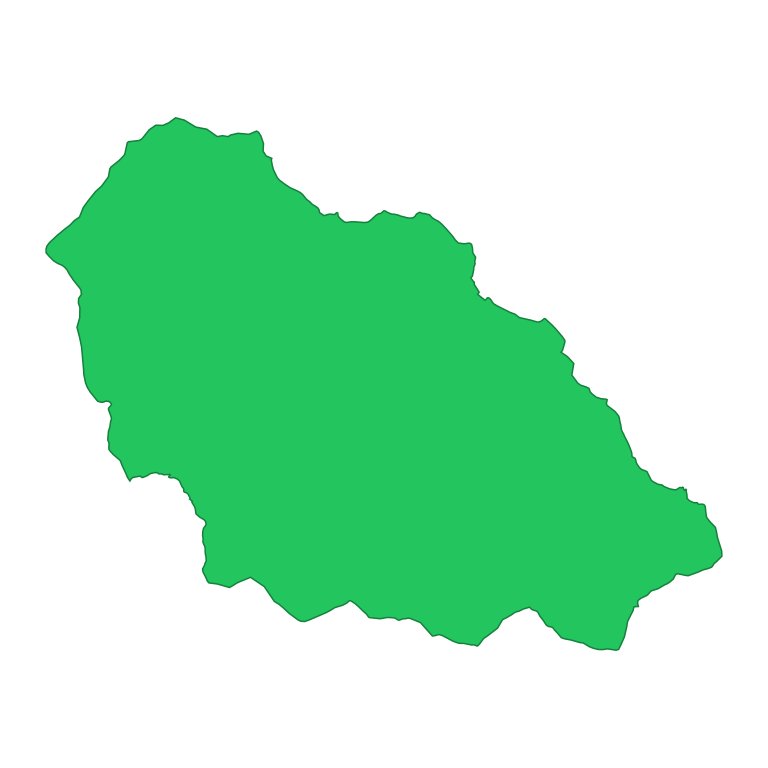 outline of Ciuruleasa, Alba, Romania
{"feature_id": "2599482B18956388215325", "entity_name": "Ciuruleasa", "entity_type": "district", "adm_level": 2, "iso_a3": "ROU", "parent_name": "Romania", "parent_adm1": "Alba", "projection": "albers", "projection_center": [23.018, 46.247], "detail": "fine", "context": "isolated", "style": "filled", "palette": "green", "viewbox_px": 768, "rotation_deg": 0, "n_neighbors": 0, "source": "geoboundaries", "source_scale": "gbopen_adm2", "svg_char_len": 6084}
<svg xmlns="http://www.w3.org/2000/svg" viewBox="0 0 768 768"><path d="M721.9,556.2L721.7,551.1L717.5,537.6L716.4,531.5L715.4,527.4L709.8,521.5L706.8,517.6L706.3,515.8L705.8,512.0L705.3,506.6L704.5,505.1L703.4,504.4L702.0,504.1L699.1,504.3L698.0,503.9L697.2,502.7L693.7,502.7L689.4,500.7L686.9,498.1L687.1,497.1L686.9,494.5L686.1,490.9L686.3,489.5L685.8,489.3L685.0,490.1L684.4,490.2L683.4,488.4L683.4,487.7L682.6,487.2L681.6,487.7L679.7,487.5L677.0,489.3L676.0,489.7L674.6,489.8L669.5,488.8L664.2,486.6L662.1,485.0L658.1,484.3L653.6,482.0L651.4,480.5L647.0,471.7L645.0,470.7L641.8,469.6L639.7,467.9L637.9,465.5L636.3,462.7L635.6,459.5L635.0,458.2L632.5,457.0L632.1,456.6L631.7,452.6L630.0,447.8L627.5,442.0L624.6,436.5L623.8,434.5L621.9,431.0L621.3,428.8L620.7,424.7L620.0,422.1L619.2,417.5L618.5,415.8L614.9,411.4L607.2,405.5L606.6,404.3L606.4,403.5L607.2,399.7L606.3,399.2L601.0,398.7L596.0,397.1L592.1,393.9L590.2,391.9L589.0,388.4L586.0,386.9L580.4,385.1L577.8,383.1L571.8,375.1L573.8,363.5L567.4,356.6L561.0,352.2L562.5,350.4L564.8,342.4L564.9,340.5L562.3,336.6L555.7,328.9L552.4,325.4L545.3,318.8L544.2,318.6L541.5,321.0L537.9,322.2L530.6,320.1L519.4,317.6L515.0,314.2L509.9,312.3L497.2,305.9L493.7,303.8L492.6,302.5L490.9,299.8L489.4,298.3L488.5,297.8L487.4,297.8L485.8,299.7L484.7,300.2L484.1,299.8L483.5,298.9L481.9,297.8L477.7,294.3L479.2,292.2L474.4,284.7L474.2,283.8L474.3,282.2L473.3,281.4L470.8,278.0L471.6,276.8L472.2,276.6L472.7,274.7L473.8,269.2L473.8,267.0L474.7,265.2L475.1,263.3L474.7,262.0L475.6,257.2L472.8,252.9L472.5,248.2L471.6,244.5L470.7,243.6L469.2,243.1L464.2,243.8L458.4,243.0L455.3,240.0L453.0,236.7L446.9,229.6L442.1,224.5L439.8,222.4L437.9,221.0L435.9,220.1L432.4,217.9L429.3,214.6L428.1,214.5L424.4,213.5L422.8,213.5L419.6,212.3L417.0,213.7L416.1,214.6L414.8,216.6L413.3,217.6L411.7,218.0L410.2,218.1L407.8,217.9L400.7,216.1L398.8,215.3L396.6,214.7L394.2,214.2L391.7,214.1L387.9,212.6L385.2,211.0L383.8,210.8L381.1,213.3L378.3,213.8L376.1,215.2L370.8,220.1L368.3,221.9L366.2,222.4L363.8,222.5L354.9,221.8L351.5,221.8L346.7,222.4L344.7,222.2L340.9,219.2L339.4,217.7L338.1,215.9L337.8,213.0L336.8,212.6L335.8,213.3L335.1,214.3L333.3,214.5L331.1,214.1L329.0,214.2L323.9,215.6L319.5,212.5L319.4,211.2L318.8,209.4L318.0,208.1L316.4,206.9L311.5,203.8L310.5,202.4L306.3,199.1L302.9,194.8L300.4,192.6L297.6,191.1L290.1,187.7L284.1,183.7L279.5,180.2L277.3,177.7L273.5,169.9L272.3,165.5L271.3,159.9L271.8,158.4L266.1,155.9L263.1,151.2L263.5,143.5L260.9,136.0L258.5,132.2L256.5,131.1L249.0,134.3L238.0,133.3L230.6,135.0L228.2,136.6L222.4,135.7L217.3,136.6L206.8,129.2L195.8,127.1L184.3,120.1L175.6,117.8L168.8,122.8L162.9,125.4L155.8,125.2L149.3,129.7L142.0,138.8L139.2,140.5L128.5,141.7L127.3,142.7L124.8,154.1L123.8,155.7L119.1,160.5L111.0,167.0L109.8,168.9L108.4,176.9L101.5,186.2L95.6,191.5L88.0,201.0L83.3,207.5L79.5,217.0L74.4,220.6L69.8,225.3L64.9,229.0L57.4,235.2L49.7,242.4L47.0,245.9L46.1,248.9L46.1,252.8L49.3,256.5L53.7,260.9L57.9,263.5L62.2,265.3L64.6,267.2L67.2,270.1L68.8,273.3L73.2,279.9L79.6,287.9L80.9,289.8L81.4,294.4L78.6,298.5L78.4,303.0L79.9,307.6L79.7,317.6L77.0,327.3L79.7,337.8L81.6,347.2L83.6,369.9L83.8,374.3L85.5,382.7L87.4,387.5L90.1,391.9L97.6,401.2L100.0,402.0L102.2,402.3L104.1,401.9L105.3,401.2L108.6,401.4L109.7,402.0L111.3,403.7L111.4,404.6L110.8,405.5L108.8,407.8L108.5,408.6L108.5,409.7L110.6,415.3L111.5,418.5L111.2,420.0L110.7,421.0L109.8,427.1L108.5,431.1L107.8,438.7L107.9,440.3L108.9,442.7L109.0,445.1L108.8,447.6L109.0,449.5L109.9,450.8L113.1,454.4L119.2,459.6L120.4,460.9L121.9,465.0L126.0,473.7L127.0,476.4L128.5,479.0L129.9,481.0L131.3,478.7L132.9,477.5L140.0,476.1L141.9,477.4L142.9,477.5L147.5,475.5L149.8,473.9L150.9,473.5L154.5,472.6L155.7,472.8L157.3,472.5L158.3,473.6L158.9,473.9L161.8,473.9L163.6,474.8L169.9,474.5L170.2,475.0L168.8,476.5L168.8,477.1L169.2,477.5L171.1,477.9L172.9,477.6L174.0,477.7L177.0,478.9L179.0,480.4L179.9,481.8L182.0,486.6L183.4,488.3L183.7,489.2L183.8,491.5L184.4,492.1L186.5,492.8L188.0,494.1L190.0,497.8L190.1,498.8L189.6,499.1L192.2,501.1L191.8,501.6L192.3,503.0L194.4,506.4L195.2,508.6L196.0,513.9L199.6,517.1L204.2,519.8L205.3,521.2L206.0,522.9L206.0,524.7L204.9,526.5L203.5,528.3L202.8,531.6L202.6,535.3L203.1,538.6L202.9,542.1L203.6,543.7L203.8,544.5L204.9,546.6L205.2,549.3L205.1,551.4L205.5,554.9L206.0,556.4L206.2,561.1L205.1,563.2L204.2,566.0L202.6,568.8L202.6,569.7L202.9,571.3L203.4,572.8L206.0,577.8L207.3,581.0L208.9,582.9L217.4,584.0L229.5,587.5L232.5,585.8L236.4,583.3L239.5,581.8L250.5,577.3L264.3,586.6L274.3,601.4L279.4,604.6L282.9,607.5L289.2,613.4L298.0,619.9L300.6,621.2L304.8,621.5L309.8,619.7L326.2,612.6L330.4,610.4L334.8,607.6L342.5,605.3L346.5,603.2L349.6,600.6L350.5,600.7L352.2,601.7L355.1,603.6L358.2,606.3L363.4,611.4L366.5,614.1L368.6,617.1L369.4,617.6L379.5,618.7L381.2,618.6L386.3,617.6L388.7,617.5L391.6,617.7L394.2,617.9L395.7,618.5L398.0,620.0L399.3,620.2L402.6,618.9L405.5,618.7L408.2,618.1L410.1,618.4L420.4,622.5L432.4,636.0L434.8,635.7L438.6,634.6L440.0,634.8L442.0,635.4L453.1,641.2L458.0,643.0L460.5,643.4L463.8,643.4L471.7,645.0L473.9,644.8L476.3,645.8L477.5,646.0L479.4,644.2L483.1,639.2L484.3,638.0L487.2,636.1L497.5,628.2L502.6,619.6L506.9,617.5L512.3,614.3L513.6,613.2L515.8,612.0L519.2,611.1L523.4,609.0L529.5,607.2L531.8,609.5L536.3,611.0L537.2,611.6L538.3,612.9L539.9,616.2L543.4,620.6L546.0,624.7L547.1,625.7L548.4,626.4L552.3,627.3L553.1,628.0L554.5,630.0L557.6,633.2L561.3,637.7L564.9,638.9L570.9,640.0L580.5,642.7L583.1,642.9L589.1,646.6L593.2,648.2L595.8,648.9L598.6,649.5L602.5,649.6L607.7,648.9L616.1,650.2L618.6,649.4L621.3,643.9L624.4,636.9L626.8,626.4L627.2,623.6L627.7,621.2L633.0,610.7L633.8,607.4L634.1,606.8L638.4,606.5L637.7,603.7L637.7,602.3L637.8,601.1L638.6,600.0L641.2,598.1L646.5,595.6L647.5,595.0L650.4,591.7L651.5,590.8L658.1,588.7L664.9,584.7L666.9,583.9L669.2,582.5L673.3,579.1L675.2,575.1L676.0,574.4L677.5,573.8L678.6,573.9L685.6,575.4L688.2,575.7L697.9,572.2L703.1,569.9L708.2,568.5L711.6,567.2L712.6,566.0L714.3,563.3L716.1,562.0L721.9,556.2Z" fill="#22c55e" stroke="#15803d" stroke-width="1.5"/></svg>